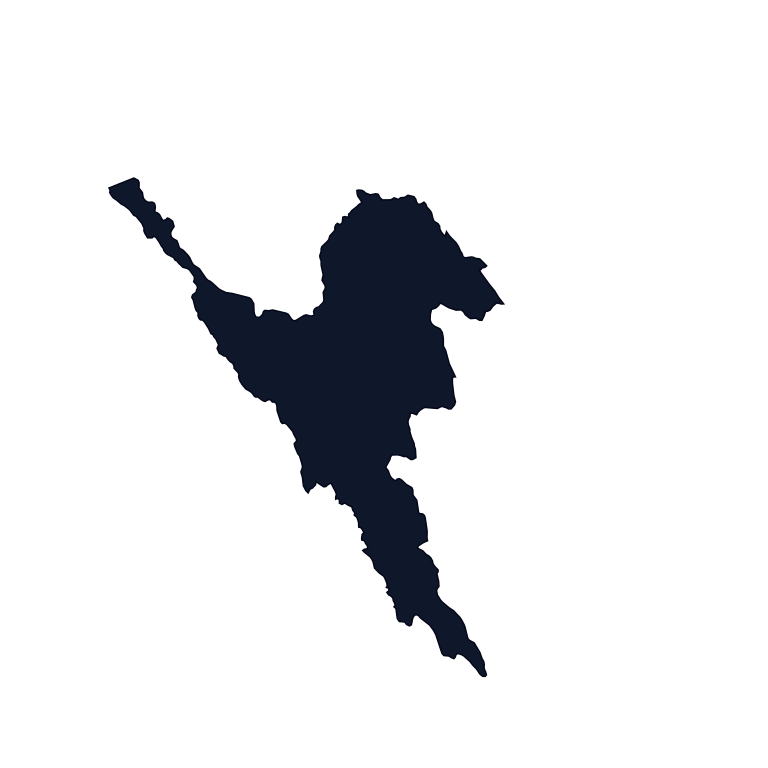 Porteirinha, Minas Gerais, Brazil, rotated 331°
{"feature_id": "56859067B51035287448150", "entity_name": "Porteirinha", "entity_type": "district", "adm_level": 2, "iso_a3": "BRA", "parent_name": "Brazil", "parent_adm1": "Minas Gerais", "projection": "equal_earth", "projection_center": [-43.104, -15.747], "detail": "fine", "context": "isolated", "style": "filled", "palette": "ink", "viewbox_px": 768, "rotation_deg": 331, "n_neighbors": 0, "source": "geoboundaries", "source_scale": "gbopen_adm2", "svg_char_len": 6159}
<svg xmlns="http://www.w3.org/2000/svg" viewBox="0 0 768 768"><g transform="rotate(331 384 384)"><path d="M282.2,599.1L286.7,602.2L287.2,605.4L289.0,607.9L291.2,607.9L295.7,602.6L298.2,601.2L300.3,601.2L302.0,603.6L302.4,606.1L307.1,617.2L307.9,623.7L307.8,628.4L304.1,647.7L304.7,650.5L308.9,653.4L310.3,656.0L312.0,658.1L313.9,657.4L315.3,656.0L317.3,655.2L319.2,656.7L320.8,658.6L321.9,660.4L324.6,668.2L325.4,673.2L326.8,678.4L327.2,684.2L328.6,687.5L330.8,688.8L332.6,688.0L333.3,685.1L333.5,682.1L334.3,680.0L335.7,678.0L336.7,674.9L336.6,671.8L337.7,665.3L337.4,654.2L334.5,649.7L333.9,647.2L336.9,636.3L337.4,633.6L337.5,627.8L337.2,624.8L334.9,616.0L332.4,611.2L329.2,602.8L328.7,600.4L328.4,594.5L329.8,590.2L331.5,588.7L333.9,587.7L336.1,583.1L338.3,575.5L340.2,574.5L341.2,572.8L339.9,568.1L339.7,565.0L340.6,562.1L340.6,558.6L339.9,556.3L338.2,553.3L337.0,548.6L334.5,545.0L334.0,543.0L335.9,542.2L341.5,541.8L346.1,542.2L346.9,539.6L350.4,533.6L355.1,521.2L355.6,518.6L354.9,516.5L351.7,514.0L356.3,501.6L355.5,495.3L357.9,490.4L358.1,488.1L354.8,482.7L352.9,476.5L351.6,474.3L349.4,473.5L347.9,474.4L346.1,472.7L345.0,469.7L344.8,466.9L345.6,461.9L345.1,457.6L352.5,453.0L354.2,451.0L356.6,450.0L361.3,452.4L363.4,454.0L366.3,457.2L368.3,458.0L370.8,463.0L372.4,463.9L376.2,463.9L379.8,456.4L380.5,453.0L381.5,450.6L382.2,444.0L383.5,438.2L384.7,436.2L385.5,431.4L386.7,428.5L388.8,426.3L391.1,424.9L392.7,422.2L395.0,423.6L397.6,426.7L400.1,425.2L402.8,424.4L406.7,424.1L408.5,424.4L418.9,431.3L423.6,431.5L426.9,434.8L428.4,437.1L430.7,438.3L435.5,436.5L437.9,434.2L439.5,428.0L444.1,416.8L446.5,412.3L448.2,411.4L449.9,412.4L450.9,397.8L454.2,384.6L454.3,379.6L458.0,372.9L460.0,367.1L459.7,362.8L456.1,357.8L455.1,355.0L454.9,352.7L455.5,350.1L458.4,345.4L461.7,341.8L466.1,342.6L469.8,341.8L471.7,340.6L473.3,341.5L477.6,348.6L482.8,354.3L487.6,356.7L488.6,359.6L488.7,362.8L490.5,367.3L491.6,368.9L496.3,371.0L498.4,374.5L500.5,375.8L505.0,372.6L507.9,369.8L510.1,370.6L512.4,370.8L517.1,368.7L521.8,367.7L525.8,371.2L527.5,371.9L526.2,363.7L525.9,356.1L524.5,348.6L522.7,333.9L522.7,330.4L524.2,330.9L526.2,330.1L528.9,330.9L531.1,330.4L528.4,321.0L524.9,318.4L523.5,316.4L521.9,315.2L516.1,313.0L514.8,311.0L515.5,308.0L515.3,304.7L515.8,299.5L515.5,295.3L513.0,286.3L512.5,281.0L509.2,284.3L508.3,282.0L507.8,278.6L508.0,275.5L509.1,273.1L509.0,270.1L506.7,266.0L507.0,262.9L508.5,257.6L508.5,255.0L507.3,250.1L507.8,246.7L507.1,244.3L502.9,244.4L500.7,243.0L500.8,240.2L501.4,237.7L501.0,234.7L496.4,230.5L492.6,230.8L488.8,229.1L486.1,229.6L483.2,226.1L479.2,226.2L471.8,222.2L470.8,219.0L470.9,215.3L469.2,213.7L463.6,211.8L460.3,207.8L459.8,205.9L458.7,204.1L455.8,202.0L454.1,201.6L452.7,204.7L452.2,207.0L452.7,212.6L452.2,215.0L449.7,214.7L445.7,215.8L439.8,216.7L437.7,217.8L435.5,218.2L434.2,220.7L432.5,220.0L430.7,218.5L428.8,218.1L426.2,222.1L424.5,223.2L422.5,223.0L421.1,220.9L419.0,221.4L416.9,223.1L416.0,225.1L414.6,226.1L408.4,228.2L405.7,230.9L403.9,231.7L396.1,233.8L394.4,235.5L393.4,237.4L389.9,240.8L389.0,243.5L388.8,245.6L386.5,249.9L383.8,259.0L380.1,263.2L380.2,269.5L379.1,271.8L375.3,274.4L372.3,281.2L370.7,283.0L364.3,285.0L361.9,284.4L359.3,284.9L357.5,286.6L356.6,289.5L355.0,289.8L353.0,289.1L349.3,285.7L347.1,285.3L337.6,285.7L335.4,284.7L334.6,282.5L334.1,276.7L332.9,274.8L322.5,265.3L318.4,263.9L315.6,261.9L313.8,262.1L311.6,264.2L309.2,265.0L307.1,265.3L304.6,263.4L304.5,260.4L305.5,257.5L309.0,250.6L309.0,245.6L308.0,243.3L295.1,231.2L290.2,227.5L287.0,223.2L285.5,220.5L282.9,212.6L281.7,209.8L280.4,208.1L279.5,205.4L278.4,193.7L275.3,187.8L274.9,185.2L275.3,179.2L274.9,176.1L273.5,170.6L272.6,168.4L271.4,167.1L271.1,164.9L271.9,161.8L272.3,158.2L270.1,154.8L269.4,152.3L270.0,149.8L271.0,148.0L273.0,146.5L276.8,144.5L278.0,139.1L276.2,135.1L274.9,133.8L273.0,134.5L270.1,134.1L269.7,131.4L269.8,126.9L268.8,124.5L266.9,122.4L269.5,118.8L270.4,116.8L270.8,114.6L269.4,112.5L265.9,110.8L264.4,108.5L263.7,105.7L264.0,103.6L265.5,99.4L264.7,93.9L267.4,89.3L267.7,86.7L265.1,82.6L238.5,79.2L238.4,81.8L236.9,83.6L237.0,87.0L237.6,90.3L239.2,93.3L241.5,99.4L243.2,101.8L245.2,106.3L246.1,108.9L246.9,115.1L248.5,117.2L249.6,123.2L250.1,126.1L249.7,131.3L248.3,133.5L247.9,136.1L248.1,141.6L252.0,143.7L254.2,143.2L255.6,145.0L256.2,150.6L256.2,155.5L256.7,158.2L256.2,160.4L256.5,163.3L257.5,165.8L261.3,171.4L261.3,174.2L262.5,176.1L262.9,178.6L264.7,184.4L268.0,187.6L269.2,189.9L270.1,198.3L268.6,200.9L267.1,202.2L268.2,207.0L267.5,209.6L265.5,211.0L264.3,212.6L259.8,213.3L257.9,215.0L257.9,218.0L255.8,226.0L255.4,228.8L256.1,231.3L254.4,234.2L254.0,237.0L254.6,239.0L256.1,239.8L257.0,242.3L257.5,250.1L257.1,256.2L258.3,257.8L258.1,260.1L258.8,263.3L258.3,269.6L255.3,271.9L254.9,277.4L256.0,278.8L257.3,281.5L259.3,283.3L259.5,286.4L260.2,289.7L261.8,292.7L261.5,295.5L260.5,297.7L261.9,302.9L261.8,305.4L260.6,306.7L259.9,308.7L259.5,311.7L259.6,315.5L260.7,321.2L263.6,326.1L264.4,328.6L264.6,331.5L265.5,333.3L267.3,334.1L269.9,339.8L271.5,341.6L275.4,341.7L277.1,342.8L277.6,345.6L279.2,346.6L280.2,348.2L279.9,350.9L277.6,355.4L275.4,367.1L275.9,369.2L278.1,370.0L279.4,372.1L281.1,381.1L280.7,384.4L280.7,389.2L280.1,391.4L276.5,392.7L275.6,395.8L274.8,403.1L275.3,406.0L273.3,414.8L272.3,417.4L268.7,420.6L267.4,426.1L264.1,434.1L264.0,439.4L264.8,442.5L268.3,440.1L270.8,440.3L275.2,439.0L277.1,436.4L281.4,444.7L283.4,445.5L285.7,444.9L289.6,444.8L289.4,454.2L289.0,457.3L286.8,459.6L285.9,461.4L287.9,461.6L288.9,463.6L287.2,466.6L288.9,469.0L292.0,469.0L293.6,472.1L296.3,476.0L295.5,479.3L296.0,482.7L294.4,484.2L295.6,487.3L295.2,490.3L294.5,493.0L292.5,497.0L294.0,498.2L294.5,501.1L294.3,504.4L292.2,504.8L289.8,507.8L288.9,509.6L290.9,511.7L290.6,514.7L291.0,516.8L290.6,519.1L288.9,519.9L286.8,519.0L284.7,519.3L285.3,521.6L288.1,528.5L288.4,531.0L288.3,534.1L286.5,540.4L288.2,546.9L290.6,552.0L290.6,554.4L290.0,559.3L289.1,561.9L287.4,563.1L289.2,565.0L288.0,567.2L285.5,567.6L285.8,570.6L287.3,572.9L288.0,575.5L287.1,577.9L287.0,581.2L286.5,583.1L284.7,583.7L285.6,586.2L281.9,595.6L282.2,599.1Z" fill="#0f172a" stroke="#020617" stroke-width="1.5"/></g></svg>